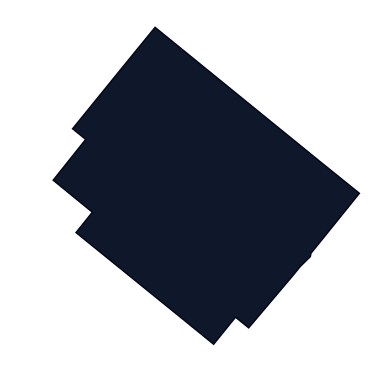 the district of Morris, Kansas, United States of America, rotated 219°
{"feature_id": "52423323B46271330611331", "entity_name": "Morris", "entity_type": "district", "adm_level": 2, "iso_a3": "USA", "parent_name": "United States of America", "parent_adm1": "Kansas", "projection": "equal_earth", "projection_center": [-96.703, 38.696], "detail": "fine", "context": "isolated", "style": "filled", "palette": "ink", "viewbox_px": 384, "rotation_deg": 219, "n_neighbors": 0, "source": "geoboundaries", "source_scale": "gbopen_adm2", "svg_char_len": 398}
<svg xmlns="http://www.w3.org/2000/svg" viewBox="0 0 384 384"><g transform="rotate(219 192 192)"><path d="M324.6,166.0L307.7,166.0L307.3,113.8L256.7,113.6L256.6,87.5L113.3,87.4L79.4,87.3L79.4,122.1L62.5,122.1L61.0,191.8L61.0,202.0L59.4,216.3L61.0,219.2L61.0,226.5L61.0,243.9L61.1,296.3L111.6,296.2L324.3,296.7L324.5,244.2L324.6,166.0Z" fill="#0f172a" stroke="#020617" stroke-width="1.5"/></g></svg>